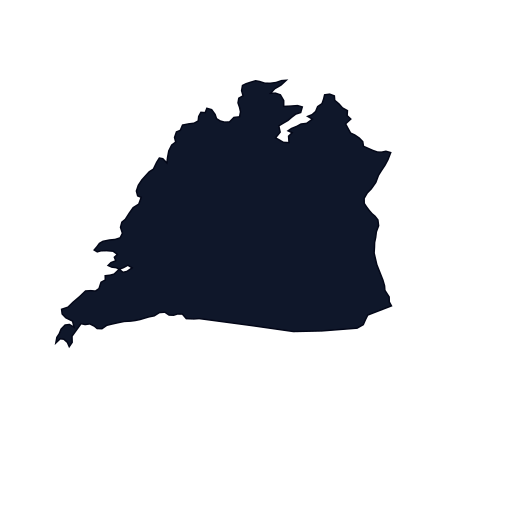 Timbé do Sul, Santa Catarina, Brazil (Natural Earth projection), rotated 31°
{"feature_id": "56859067B25320929028049", "entity_name": "Timbé do Sul", "entity_type": "district", "adm_level": 2, "iso_a3": "BRA", "parent_name": "Brazil", "parent_adm1": "Santa Catarina", "projection": "natural_earth1", "projection_center": [-49.896, -28.823], "detail": "fine", "context": "isolated", "style": "filled", "palette": "ink", "viewbox_px": 512, "rotation_deg": 31, "n_neighbors": 0, "source": "geoboundaries", "source_scale": "gbopen_adm2", "svg_char_len": 2947}
<svg xmlns="http://www.w3.org/2000/svg" viewBox="0 0 512 512"><g transform="rotate(31 256 256)"><path d="M239.5,338.9L288.5,317.7L326.9,301.5L331.2,298.8L351.0,286.3L379.8,265.8L383.3,259.6L382.6,254.1L382.2,249.1L385.2,245.2L397.8,229.0L393.9,226.7L391.2,222.5L387.5,220.7L384.1,219.0L381.6,215.4L377.2,211.3L364.0,201.2L355.7,192.6L353.1,187.6L350.7,183.3L349.0,178.4L346.7,173.3L345.5,166.9L341.9,162.3L337.5,160.6L333.7,160.0L329.7,158.7L325.5,157.0L321.7,155.2L319.0,150.9L318.9,144.7L320.2,139.2L320.8,131.3L319.4,123.7L319.5,118.3L319.8,111.7L319.5,105.5L318.2,98.0L313.4,99.3L310.2,102.3L306.7,104.3L302.0,105.3L296.5,106.0L291.6,106.6L288.6,103.0L283.7,101.7L278.3,101.4L273.8,101.9L268.9,99.1L264.7,96.6L266.7,89.8L261.8,88.7L259.5,84.3L253.8,84.5L248.8,82.9L243.3,82.0L240.7,78.4L235.8,79.3L231.8,82.5L233.1,86.6L234.1,91.4L231.9,96.2L232.7,101.4L231.3,105.9L228.4,109.7L233.9,109.6L231.1,116.2L226.6,119.7L224.3,123.7L220.7,128.5L219.0,132.2L223.5,131.7L222.2,136.5L225.9,141.8L220.9,144.5L215.9,144.5L211.9,144.7L212.9,137.4L208.5,132.7L211.0,128.0L213.6,123.3L215.1,118.7L217.0,113.9L220.4,110.0L218.9,104.4L214.1,105.7L208.0,110.0L202.7,113.5L199.7,108.5L193.9,105.3L188.8,106.4L184.6,109.1L185.9,103.0L189.4,96.6L191.4,89.8L187.6,92.5L183.9,96.9L179.4,100.5L174.7,103.3L169.1,104.6L165.4,106.0L161.9,109.8L158.7,113.5L156.6,116.8L158.5,121.7L162.4,125.3L160.0,129.6L161.7,134.0L165.3,137.0L168.5,140.4L170.2,145.2L165.7,148.6L164.2,154.8L160.0,157.5L155.7,158.7L151.4,158.6L148.0,155.7L142.6,153.4L137.8,154.7L138.6,159.3L134.8,161.2L135.0,165.9L136.9,170.0L134.5,174.1L130.4,177.3L125.6,181.6L126.4,187.3L123.9,190.6L125.1,196.3L128.5,199.7L126.6,204.3L127.1,210.8L129.4,217.0L131.7,222.2L126.0,220.6L122.7,221.8L122.6,226.8L123.3,234.4L121.1,238.8L120.0,244.3L119.0,249.4L118.7,256.0L120.0,261.9L123.6,265.4L127.4,264.8L128.8,271.9L125.8,277.8L125.3,284.5L125.1,291.9L123.6,296.1L125.1,301.2L129.8,305.3L130.2,310.4L126.8,314.3L122.1,317.8L117.2,322.3L115.3,325.8L114.9,330.0L114.2,334.2L117.8,334.2L120.4,331.4L125.3,328.3L131.0,325.5L136.4,326.0L135.2,330.0L138.3,332.3L135.1,336.3L134.1,340.3L138.2,339.8L142.2,338.0L145.6,337.8L143.7,344.6L140.8,347.6L136.9,350.6L139.2,354.2L136.7,358.3L138.2,364.8L136.4,368.8L132.2,370.8L127.9,373.8L125.7,381.8L123.0,389.8L121.2,396.7L116.8,401.8L119.7,405.5L124.8,406.9L132.3,406.3L136.8,410.8L131.3,410.8L127.9,413.5L126.6,419.0L127.4,424.0L127.2,428.3L129.2,433.6L130.8,427.8L134.1,426.3L138.8,427.2L142.6,429.9L142.9,424.7L139.6,419.5L140.9,404.1L144.8,402.8L148.5,399.8L153.7,399.4L157.2,400.0L161.4,397.7L163.8,392.3L167.2,388.9L171.5,384.8L176.7,380.0L182.2,376.3L185.6,373.6L189.3,370.2L192.2,367.0L195.5,363.4L199.6,359.7L202.3,354.3L206.8,351.1L211.9,351.4L215.9,349.2L218.5,346.2L222.8,343.7L228.5,345.6L235.2,341.9L239.5,338.9ZM145.6,337.8L148.4,334.2L150.9,329.9L155.9,330.0L153.3,335.7L150.4,338.5L145.6,337.8Z" fill="#0f172a" stroke="#020617" stroke-width="1.5"/></g></svg>